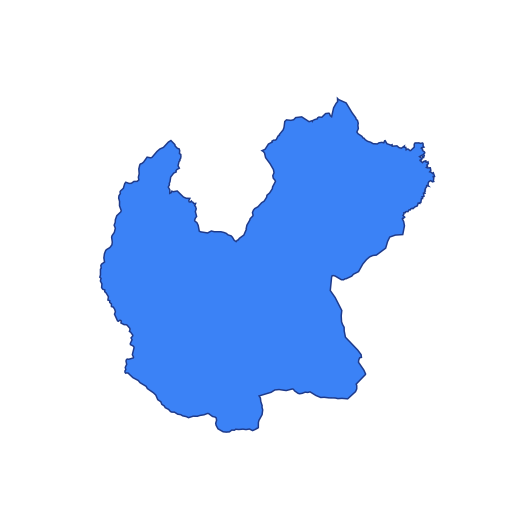 Piñas, El Oro, Ecuador (Mercator projection), rotated 116°
{"feature_id": "8360857B66952763601704", "entity_name": "Piñas", "entity_type": "district", "adm_level": 2, "iso_a3": "ECU", "parent_name": "Ecuador", "parent_adm1": "El Oro", "projection": "mercator", "projection_center": [-79.823, -3.71], "detail": "fine", "context": "isolated", "style": "filled", "palette": "blue", "viewbox_px": 512, "rotation_deg": 116, "n_neighbors": 0, "source": "geoboundaries", "source_scale": "gbopen_adm2", "svg_char_len": 6098}
<svg xmlns="http://www.w3.org/2000/svg" viewBox="0 0 512 512"><g transform="rotate(116 256 256)"><path d="M78.7,251.8L81.5,250.3L83.7,250.9L88.8,251.2L97.7,249.1L97.4,250.6L95.7,252.6L95.8,253.3L97.5,255.9L102.5,257.7L103.5,260.3L104.8,261.2L105.8,261.0L107.7,263.1L109.6,264.5L110.2,264.4L109.9,265.0L112.0,267.2L110.9,275.9L114.2,281.0L117.0,281.9L118.8,284.1L120.3,288.3L122.5,289.1L128.1,287.2L130.8,286.9L136.7,288.3L137.2,287.9L138.6,288.8L142.2,288.8L143.3,289.3L144.2,291.0L145.8,292.0L146.5,291.4L149.9,293.9L156.1,294.6L158.7,296.8L158.9,295.1L159.7,293.5L163.4,290.5L166.9,283.8L170.7,278.2L173.3,276.3L176.5,276.1L178.5,274.6L179.6,272.1L180.5,271.2L186.6,271.4L188.4,270.8L193.4,271.4L196.6,272.8L198.5,272.2L203.1,272.7L205.7,274.3L210.9,275.8L213.9,277.9L216.0,278.4L218.6,278.2L220.5,276.6L221.4,276.4L225.0,277.6L226.6,277.3L232.3,277.7L235.8,276.8L236.0,276.4L242.5,276.1L247.4,278.7L249.4,279.0L249.9,279.7L251.8,280.2L251.4,282.6L249.5,285.4L248.8,287.3L249.3,290.3L248.7,292.6L248.9,295.1L249.6,298.2L252.5,304.2L253.1,307.1L256.5,309.6L258.6,316.5L258.5,317.9L253.8,321.4L251.9,323.8L251.5,326.1L250.7,326.9L248.3,327.1L246.5,326.7L242.7,330.0L239.8,330.4L238.0,332.1L237.6,333.2L235.2,333.3L236.2,335.1L235.4,336.1L235.5,337.1L234.9,338.2L236.4,338.8L236.6,339.8L235.7,340.7L233.2,340.7L234.7,344.1L234.8,347.1L232.1,355.3L234.5,358.6L234.6,360.1L236.3,360.0L237.5,361.0L234.4,362.4L232.5,365.1L230.1,365.0L228.7,365.8L226.9,365.9L222.4,367.3L217.6,366.3L215.4,364.6L214.5,365.3L213.0,365.0L210.7,363.4L209.1,365.6L204.9,366.6L203.6,366.2L202.7,366.8L201.6,366.5L199.7,367.0L197.7,368.1L197.5,369.7L194.7,370.8L193.4,372.1L193.7,373.8L193.0,375.8L192.5,377.0L191.4,377.8L189.5,383.1L192.0,384.7L199.0,386.8L201.9,389.3L205.4,390.8L212.9,392.7L213.9,393.6L214.9,397.2L220.9,398.2L222.8,399.1L224.0,400.3L225.1,400.4L229.1,399.5L233.4,397.0L236.7,396.3L239.0,394.7L241.0,395.5L242.5,398.4L245.3,399.9L246.4,401.8L246.8,405.4L248.5,405.7L253.3,404.9L257.0,406.3L258.0,406.3L259.3,405.3L261.9,405.6L264.2,404.8L266.7,402.6L270.7,400.7L274.3,397.0L275.7,396.9L280.8,398.8L285.1,398.3L287.4,397.3L290.5,397.0L292.7,394.6L296.9,393.7L300.9,394.3L302.4,394.0L306.6,391.2L309.1,390.4L312.4,391.0L316.0,393.3L317.2,393.5L320.5,393.2L324.4,391.9L327.8,389.5L330.9,391.2L332.5,391.3L334.8,389.8L336.1,390.0L341.2,387.5L343.5,387.1L344.0,385.5L346.7,384.9L348.6,382.3L352.1,380.9L353.1,379.0L352.8,377.0L354.4,376.3L354.8,374.7L357.3,370.8L360.5,369.8L360.3,367.9L361.9,367.1L362.4,365.0L364.8,363.8L364.5,361.8L365.9,359.6L367.8,357.9L370.3,357.7L375.0,352.0L375.0,351.1L373.5,350.3L373.2,349.4L373.6,348.6L375.4,348.0L375.5,344.5L374.6,342.4L374.7,341.5L376.3,337.7L377.4,337.0L379.3,336.7L379.4,335.3L381.2,332.0L382.2,331.8L384.4,332.4L385.6,330.7L389.8,330.6L390.7,330.0L390.7,327.3L391.2,326.0L391.9,325.4L398.9,323.9L400.6,321.7L401.5,321.7L404.6,325.1L405.1,326.6L406.1,327.0L407.4,326.8L410.1,324.7L413.4,324.7L415.2,323.2L416.8,323.4L418.0,322.7L418.7,321.2L418.4,321.7L418.0,321.4L417.3,319.7L419.3,313.3L419.5,307.3L420.7,304.6L421.3,297.6L422.8,295.5L423.9,288.2L424.9,285.1L428.2,281.3L428.7,277.7L430.6,275.6L431.0,272.7L432.1,271.1L432.2,267.3L433.3,264.6L433.2,263.2L432.1,260.8L432.5,257.0L431.6,254.1L431.8,251.8L430.9,248.2L430.9,245.8L427.5,242.2L425.8,238.5L423.8,236.4L421.5,233.1L418.8,230.6L418.4,229.5L419.3,224.8L418.7,222.3L418.9,220.9L420.9,219.4L424.0,218.9L425.7,217.6L428.0,214.4L428.4,208.5L427.3,205.5L425.7,202.8L423.1,201.5L422.0,199.0L420.6,198.3L419.5,195.4L417.3,191.8L416.4,188.9L414.4,186.1L414.4,182.5L411.4,180.0L410.8,180.0L410.3,179.1L409.2,178.7L404.5,180.9L402.4,181.3L395.9,181.0L391.4,182.5L389.3,184.3L387.8,184.9L384.7,187.9L381.7,189.8L380.4,191.9L371.9,182.7L368.1,180.3L365.9,176.7L363.7,169.9L359.6,165.1L359.4,163.9L360.3,162.2L361.0,158.0L360.7,156.4L359.2,154.3L356.8,152.1L356.0,149.7L354.4,147.9L355.1,141.1L354.8,135.8L353.1,132.8L351.5,128.2L348.9,122.6L348.3,119.9L346.3,116.4L344.2,111.0L334.3,107.1L331.3,107.2L328.4,108.6L327.2,109.8L314.6,105.7L314.0,105.8L311.3,109.0L306.6,117.3L304.4,118.1L302.0,118.2L300.9,116.8L298.6,118.3L296.0,123.3L289.8,140.0L284.8,143.8L281.4,145.6L279.7,148.1L277.6,150.3L272.4,153.2L267.4,155.0L258.6,166.7L254.5,174.1L241.8,178.8L240.3,178.9L239.6,177.7L239.3,176.0L239.9,168.9L239.0,166.9L237.5,166.0L237.0,165.1L232.1,161.1L229.7,160.5L225.1,157.0L216.4,156.5L210.7,155.1L207.0,153.5L204.3,151.2L202.4,148.2L192.1,142.9L185.2,144.1L180.3,144.1L176.1,139.9L172.4,133.5L163.8,135.8L160.4,138.3L158.4,140.8L157.8,140.8L157.4,140.0L155.9,139.4L155.2,141.6L153.4,141.5L152.5,142.1L151.6,140.8L150.9,141.0L150.1,140.3L149.5,138.9L147.3,138.6L146.9,137.5L145.7,137.5L144.6,136.5L144.7,135.7L142.2,134.7L140.3,133.0L137.3,133.4L136.9,131.8L136.2,132.1L135.6,131.3L131.8,132.5L131.4,131.5L130.1,131.9L129.9,132.5L128.7,131.2L126.2,133.0L125.5,131.7L124.7,132.6L123.3,132.3L122.8,133.2L121.7,133.0L121.0,133.4L119.3,133.0L117.9,133.5L117.5,131.5L117.2,132.3L114.7,133.3L113.4,133.2L111.7,132.1L112.0,129.9L111.1,128.9L110.4,129.7L108.6,130.1L107.0,131.5L106.7,130.5L106.3,130.3L103.5,133.1L104.5,133.6L103.9,134.8L104.2,136.8L102.4,136.4L100.3,138.0L101.5,140.2L101.7,141.6L100.1,141.2L99.4,142.3L97.4,141.6L96.0,142.7L96.8,143.3L97.0,144.4L96.9,145.0L96.1,144.9L96.1,145.3L97.6,146.8L99.1,147.3L98.3,150.4L97.6,150.5L97.1,149.4L95.7,149.4L95.0,152.6L92.8,151.1L94.2,149.3L94.1,148.5L91.7,148.9L91.4,150.2L89.3,149.5L88.6,150.3L88.2,152.5L87.0,153.1L86.7,154.7L86.1,154.7L84.5,152.8L83.9,154.0L81.9,155.0L81.4,155.8L82.7,157.5L82.9,159.1L84.7,162.6L86.1,162.8L88.8,161.5L93.4,163.2L93.8,163.8L93.2,166.0L93.6,167.0L94.7,167.6L92.7,169.0L93.3,170.6L92.2,170.9L95.4,172.6L95.9,175.0L95.2,177.6L97.6,181.7L96.3,182.5L97.2,183.3L97.7,187.5L95.7,190.5L96.1,190.9L98.2,190.8L98.8,192.9L100.4,195.1L102.1,196.1L103.7,199.9L103.5,202.9L104.0,205.9L103.6,208.9L102.8,210.4L103.0,211.5L102.0,213.3L101.4,217.8L100.6,219.3L100.3,219.7L96.6,219.9L93.9,221.7L91.9,222.3L89.6,224.3L89.3,225.8L88.1,226.9L85.0,232.7L78.9,242.1L79.2,250.4L78.7,251.8Z" fill="#3b82f6" stroke="#1e3a8a" stroke-width="1.5"/></g></svg>